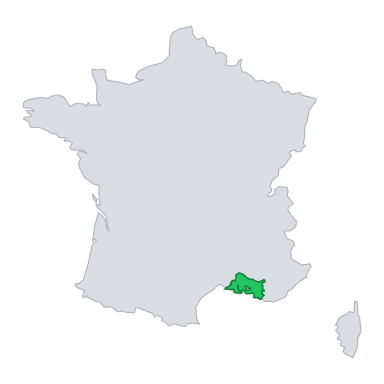 France, with Bouches-du-Rhône highlighted
{"feature_id": "FRA-5274", "entity_name": "Bouches-du-Rhône", "entity_type": "Metropolitan department", "adm_level": 1, "iso_a3": "FRA", "parent_name": "France", "parent_adm1": "", "projection": "orthographic", "projection_center": [4.982, 43.547], "detail": "fine", "context": "in_parent", "style": "filled", "palette": "green", "viewbox_px": 384, "rotation_deg": 0, "n_neighbors": 0, "source": "natural_earth", "source_scale": "10m", "svg_char_len": 6379}
<svg xmlns="http://www.w3.org/2000/svg" viewBox="0 0 384 384"><path d="M305.6,146.0L302.8,147.7L301.2,150.9L299.4,151.7L296.2,151.8L294.5,149.9L290.7,151.2L289.1,153.3L291.5,155.7L284.0,166.0L279.1,168.8L278.1,175.5L272.3,180.5L270.2,185.8L270.0,186.8L271.6,188.5L271.0,191.9L268.0,194.2L268.0,196.4L268.9,196.7L273.5,194.9L275.2,192.8L274.2,190.1L278.8,186.6L287.0,187.3L288.1,191.8L287.1,195.6L293.3,203.7L288.2,207.6L287.9,210.2L293.5,218.3L296.9,221.6L295.3,227.2L289.6,230.9L286.0,230.7L284.4,231.7L284.6,233.4L287.2,238.4L293.5,241.5L294.6,245.3L292.9,246.7L290.1,252.5L291.4,255.3L291.0,256.5L291.7,258.4L293.4,260.3L302.2,265.0L310.0,263.8L311.1,266.6L306.5,274.3L306.9,277.6L304.4,277.7L304.0,278.9L299.2,281.5L291.5,289.3L287.8,291.6L286.4,295.5L284.3,297.7L273.0,302.3L270.8,301.3L265.2,301.5L261.8,298.8L255.1,297.1L252.9,293.1L246.7,292.3L246.4,289.7L237.7,292.1L225.5,288.4L221.3,284.4L217.7,285.4L214.5,288.9L201.2,297.9L195.8,307.3L196.5,318.5L199.5,324.1L191.4,323.0L186.5,324.5L185.2,326.8L173.8,323.7L169.5,325.9L168.3,325.7L166.9,323.3L161.4,320.4L162.3,318.6L161.6,316.9L156.4,315.4L154.5,316.9L152.6,313.6L138.1,307.8L135.7,307.8L134.5,312.8L125.0,312.1L123.7,311.1L117.5,311.8L111.3,306.7L104.0,307.2L99.9,302.0L95.7,301.4L89.8,298.5L87.1,297.0L86.9,295.5L84.9,297.6L82.7,296.9L82.3,296.2L83.9,293.6L84.5,290.5L77.1,287.6L75.3,285.2L75.4,284.0L79.5,283.3L83.5,279.3L88.1,263.9L92.0,245.6L94.1,242.2L96.5,241.4L94.8,238.7L92.3,241.9L95.0,225.0L98.5,212.5L104.3,218.1L105.5,220.5L106.8,228.2L110.0,231.6L108.0,228.4L106.5,218.1L105.3,215.2L96.2,206.0L96.1,204.1L100.2,205.4L99.0,199.0L99.0,185.6L93.3,183.9L84.5,177.5L79.0,166.8L78.6,163.0L80.6,159.1L79.4,156.5L76.9,154.5L79.2,151.3L81.1,151.1L87.6,153.6L82.5,149.9L73.6,150.2L70.3,148.8L69.9,146.3L72.5,143.5L69.8,141.3L64.8,141.3L64.2,140.4L65.9,138.4L64.8,137.4L60.6,137.9L58.4,137.0L56.5,134.3L50.0,133.1L48.7,131.5L40.0,127.6L30.6,127.1L28.6,121.8L23.2,118.8L24.5,117.3L30.4,116.5L31.6,115.2L27.7,112.7L26.5,110.5L34.2,110.9L31.0,108.3L23.6,107.6L23.0,104.6L24.4,101.6L29.0,99.4L39.9,97.6L47.7,98.3L53.5,95.4L59.0,95.0L63.9,97.2L70.1,106.5L76.0,103.2L84.3,104.1L85.8,106.4L88.3,102.6L90.0,105.0L100.2,105.1L97.9,103.4L96.3,99.5L97.1,86.0L92.9,75.7L91.9,72.0L92.5,69.0L98.4,70.1L103.4,69.1L105.7,70.2L105.8,76.6L107.6,80.4L121.3,82.5L129.1,85.0L136.0,81.8L142.4,80.5L142.9,79.7L139.3,79.9L136.1,78.1L135.8,76.4L137.8,71.6L147.7,66.6L161.8,62.7L165.6,59.7L169.9,54.3L169.1,52.9L170.4,37.7L172.6,32.8L178.0,29.4L191.4,26.2L192.8,31.1L192.7,33.8L196.1,38.2L197.8,39.5L203.6,37.4L206.3,41.4L207.1,45.9L214.1,47.9L216.0,53.8L217.3,52.5L221.8,52.8L223.8,53.4L226.7,56.0L225.8,59.5L227.0,61.2L225.8,64.4L226.6,65.7L234.8,65.8L237.2,64.4L238.4,61.1L240.8,59.2L241.8,59.8L240.2,65.8L241.3,67.4L241.9,71.7L245.0,72.1L251.1,75.5L256.2,81.2L262.5,80.2L267.5,83.3L272.6,81.6L277.5,83.2L279.2,84.9L283.9,92.8L287.4,91.1L289.9,92.0L290.7,94.3L300.0,92.7L301.8,94.9L303.7,95.7L315.7,98.3L315.9,101.2L309.4,110.1L306.8,122.4L304.9,126.7L304.3,129.9L304.9,132.0L304.7,135.3L303.5,143.3L304.4,145.6L305.6,146.0ZM357.9,308.6L357.5,313.7L359.6,317.2L361.0,331.7L357.5,338.9L357.3,347.4L352.9,357.8L345.2,353.7L342.9,351.3L344.7,347.3L340.3,345.4L341.2,341.6L340.6,339.8L337.6,339.7L337.4,338.8L339.5,335.8L339.4,334.0L336.4,331.8L335.8,329.9L338.4,327.5L337.1,325.5L335.5,325.1L339.0,318.3L341.5,316.2L347.2,314.1L349.4,311.5L353.3,312.7L353.9,312.0L354.6,301.5L355.9,301.3L357.2,302.6L357.9,308.6ZM97.2,199.6L96.1,202.5L92.8,197.0L92.6,194.2L97.2,199.6Z" fill="#d9dde1" stroke="#a8b0b8" stroke-width="1"/><path d="M261.8,298.7L261.3,298.5L260.8,298.5L260.5,298.8L260.3,299.4L259.7,299.1L259.3,299.1L258.9,298.7L258.6,298.2L258.4,297.8L258.1,297.6L257.8,297.8L257.6,297.8L256.4,297.7L255.9,297.8L255.2,297.7L254.8,297.6L254.2,297.8L253.6,297.5L253.7,296.9L253.8,296.5L253.9,296.2L254.2,295.6L253.9,295.3L253.8,294.9L253.7,294.7L253.4,293.4L252.3,292.7L250.9,293.7L249.0,293.6L248.0,293.7L246.5,293.7L245.8,293.4L245.2,292.6L245.0,291.8L245.6,290.9L246.3,290.4L248.6,290.4L249.2,290.2L249.7,289.8L250.2,289.2L250.6,288.4L250.5,287.6L249.7,288.1L249.0,288.3L248.4,288.2L247.9,287.6L247.7,287.1L247.7,286.8L247.5,286.6L247.0,286.4L246.8,286.4L246.2,286.4L245.8,285.8L245.6,285.7L245.5,286.0L245.3,286.4L245.2,286.9L245.1,287.1L245.3,287.8L245.5,288.1L245.8,288.2L246.2,288.6L246.5,289.4L246.2,290.2L245.6,290.6L244.9,290.7L244.5,290.6L243.1,289.8L242.5,290.1L242.2,290.3L241.6,290.5L241.4,290.7L241.2,291.1L241.3,291.3L241.5,292.0L241.6,292.4L242.4,292.3L241.8,292.9L241.3,293.2L241.2,292.6L240.7,291.8L239.7,291.2L238.8,290.4L238.5,289.5L238.5,287.5L238.5,286.9L238.3,286.4L238.1,285.8L237.7,285.3L237.3,285.0L238.0,286.4L238.1,286.8L238.1,289.2L238.5,290.4L239.1,291.1L239.9,291.7L240.5,292.3L240.4,293.0L239.7,293.1L236.5,293.0L234.7,292.6L234.0,292.2L234.0,291.6L234.5,291.0L234.6,290.6L234.4,290.1L233.8,289.7L232.7,289.2L230.1,289.5L225.1,289.0L225.7,288.6L226.0,288.2L226.0,287.8L226.1,287.7L226.3,287.5L226.5,287.5L226.7,287.4L226.9,287.2L227.1,287.1L227.7,287.0L228.0,286.8L228.4,286.6L229.4,285.7L229.5,285.7L229.9,285.6L230.0,285.5L230.1,285.4L230.1,285.2L230.3,284.9L230.6,284.7L231.0,284.7L231.3,284.6L231.4,284.4L231.5,283.9L231.5,283.7L231.4,283.7L231.2,283.7L230.9,283.6L230.7,283.5L230.7,283.4L230.7,283.2L231.0,282.7L231.1,282.2L231.9,281.1L232.4,280.6L233.1,280.4L233.4,280.4L233.5,280.4L234.3,280.6L234.5,280.8L234.8,281.0L235.0,281.0L235.2,280.9L235.3,280.7L235.4,280.3L235.4,280.1L235.4,279.9L235.3,279.7L235.4,279.4L235.8,278.5L236.1,277.6L236.2,277.2L236.2,276.7L236.1,276.0L236.0,275.9L236.0,275.6L236.0,275.3L236.0,275.0L236.1,274.8L236.4,274.5L237.2,274.1L238.1,273.4L238.4,273.2L239.3,272.8L242.6,274.1L244.1,275.1L246.5,277.5L247.1,277.9L249.7,279.2L251.2,279.2L252.6,279.4L253.0,279.4L253.3,279.5L253.5,279.7L254.3,280.5L254.7,280.8L255.2,281.0L258.1,281.9L259.4,282.0L260.4,281.5L260.9,281.0L262.6,280.6L263.2,280.2L263.6,279.7L264.2,279.9L264.7,280.9L265.1,281.1L264.6,282.1L262.5,282.7L261.9,283.9L261.9,284.8L262.3,285.3L262.7,285.5L263.0,285.9L263.0,286.4L262.6,287.7L262.6,288.2L262.7,288.5L264.4,290.8L263.8,290.9L262.5,290.9L262.0,291.2L262.4,292.1L262.4,292.5L262.3,292.9L262.2,293.2L262.1,293.5L262.1,293.8L262.2,294.1L262.9,294.1L263.6,294.6L264.0,295.3L263.6,295.8L262.8,296.3L262.3,296.8L262.0,297.5L261.8,298.7L261.8,298.7Z" fill="#22c55e" stroke="#15803d" stroke-width="1.5"/></svg>